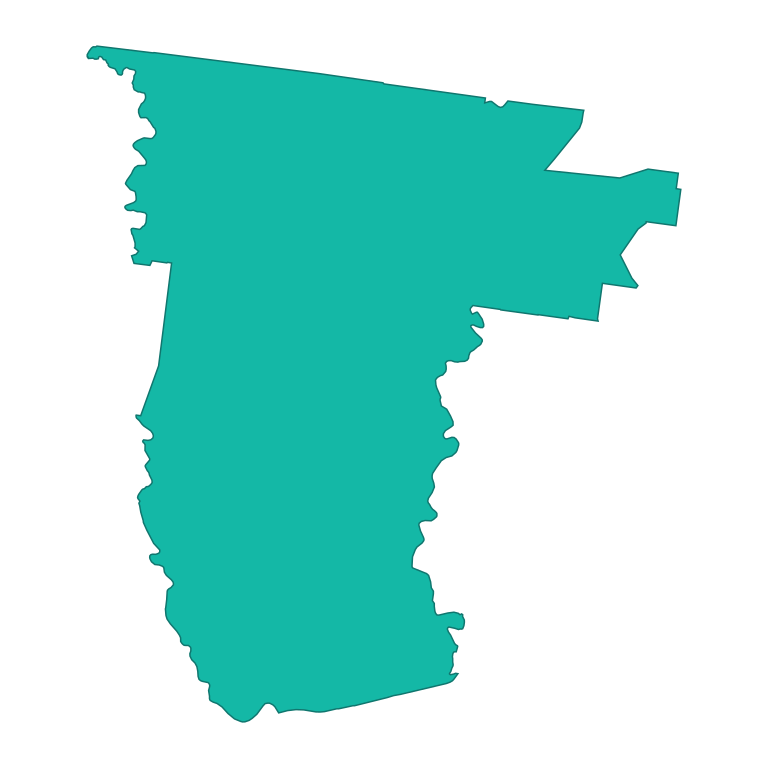 Darebin, Victoria, Australia (Albers equal-area conic projection)
{"feature_id": "25037944B70656955995006", "entity_name": "Darebin", "entity_type": "district", "adm_level": 2, "iso_a3": "AUS", "parent_name": "Australia", "parent_adm1": "Victoria", "projection": "albers", "projection_center": [145.008, -37.738], "detail": "fine", "context": "isolated", "style": "filled", "palette": "teal", "viewbox_px": 768, "rotation_deg": 0, "n_neighbors": 0, "source": "geoboundaries", "source_scale": "gbopen_adm2", "svg_char_len": 6054}
<svg xmlns="http://www.w3.org/2000/svg" viewBox="0 0 768 768"><path d="M583.8,110.3L533.3,104.4L507.9,101.0L504.7,104.9L502.8,106.8L500.4,107.4L498.1,106.5L491.6,101.5L489.8,101.4L484.7,102.9L485.4,98.0L383.9,83.9L383.0,82.8L319.2,73.6L153.8,52.6L153.2,52.9L96.9,46.1L95.7,46.9L93.2,46.8L91.5,48.0L89.2,51.1L87.2,54.7L87.2,55.8L88.1,57.3L87.6,57.3L88.4,58.5L93.0,58.2L94.7,59.1L96.7,59.1L98.4,58.7L98.5,57.7L98.8,57.0L99.9,56.4L101.7,57.0L103.5,59.6L105.7,60.0L107.0,62.9L107.9,63.6L108.3,64.6L108.2,65.4L109.0,66.4L110.2,67.3L115.0,68.8L117.0,71.8L117.7,73.8L119.0,74.7L121.1,75.1L122.1,74.4L122.5,73.6L122.5,72.0L123.0,70.4L124.0,69.0L126.1,67.6L127.1,67.6L129.6,69.0L134.6,70.0L135.7,71.5L135.4,73.7L134.0,75.9L133.8,79.2L132.2,83.0L133.3,85.0L133.3,87.1L134.2,89.7L138.1,91.9L140.2,91.9L141.1,92.4L144.5,93.1L145.3,94.7L145.6,96.8L145.5,98.4L144.6,100.6L143.4,102.3L141.4,103.9L138.6,109.5L138.6,112.5L139.4,115.0L140.0,116.6L140.9,117.7L146.1,117.6L147.7,118.6L149.1,120.9L149.9,121.5L153.6,127.4L154.9,128.3L156.0,131.5L155.9,133.5L155.4,134.6L153.5,137.2L152.2,138.4L150.3,138.6L144.4,137.9L143.3,138.1L137.4,140.7L134.8,142.6L133.5,144.1L133.1,145.3L133.4,146.6L134.3,148.0L135.4,149.2L138.7,151.2L144.7,158.4L145.9,160.1L146.4,161.8L146.4,162.9L146.1,164.0L145.0,165.4L137.9,165.6L134.8,167.6L133.0,170.5L131.5,173.8L127.0,180.2L125.5,183.3L125.9,184.4L130.4,189.6L134.8,191.3L135.4,192.4L136.1,196.6L136.2,199.6L135.7,201.0L133.6,202.6L126.4,205.3L125.2,206.2L124.9,206.9L125.0,207.8L126.2,209.3L127.7,210.3L130.9,210.6L133.2,210.1L137.2,211.7L140.1,211.7L144.7,212.7L145.5,213.1L146.7,214.8L146.0,222.6L144.4,225.7L142.9,226.4L140.9,228.5L139.7,229.4L133.0,228.3L131.6,228.7L131.1,229.6L131.9,233.8L132.9,235.3L135.1,243.0L135.1,246.7L134.5,247.8L138.6,251.2L136.2,254.2L131.6,255.8L134.0,263.4L149.9,265.4L152.1,260.8L166.9,262.9L167.5,262.3L171.6,263.0L158.6,365.9L140.7,415.7L136.2,415.1L136.0,415.6L136.2,417.2L136.6,418.1L139.4,420.7L142.0,424.2L143.8,426.0L150.7,430.7L152.6,433.3L153.3,435.4L153.2,437.1L152.7,438.2L150.8,439.8L148.0,440.4L143.6,439.9L142.7,441.1L143.2,442.5L144.0,443.0L145.1,444.7L145.0,450.5L149.7,458.7L149.7,460.0L145.7,464.8L145.2,465.8L145.3,466.7L147.3,470.7L148.3,471.8L149.1,473.3L149.4,475.0L151.9,480.0L152.2,482.5L150.8,484.5L148.4,486.5L146.3,486.7L144.5,488.6L142.6,489.2L141.7,490.1L138.7,494.4L137.9,496.1L137.6,497.6L138.0,498.7L139.9,501.1L138.9,503.2L139.7,505.8L140.8,512.2L143.2,520.5L143.4,522.5L146.8,530.1L153.7,543.4L159.8,550.0L159.7,551.9L159.1,552.9L158.1,553.5L155.9,554.3L152.4,554.2L150.8,554.7L149.8,555.9L149.7,557.7L150.1,559.1L151.5,561.8L154.8,564.5L159.3,565.0L162.5,566.3L163.6,567.3L163.9,568.3L164.4,572.1L165.7,574.3L166.5,575.5L171.4,579.8L173.0,581.9L173.4,583.2L173.4,584.8L171.0,587.6L168.9,588.8L167.5,590.2L167.2,591.3L166.7,599.7L165.7,607.9L165.4,608.9L166.0,615.6L167.1,619.1L170.4,623.9L176.8,631.2L179.4,635.1L180.6,637.8L180.7,641.6L182.1,643.6L183.6,645.0L184.8,645.4L188.5,645.5L190.5,647.2L190.9,648.5L190.8,651.1L189.9,653.6L190.0,656.1L191.7,659.7L195.0,663.0L196.9,666.6L197.8,671.3L198.1,676.4L199.0,679.3L200.5,680.6L202.2,681.3L208.2,682.6L209.0,683.5L209.7,685.1L209.6,686.7L208.6,690.5L209.5,696.1L209.5,698.6L209.8,699.8L210.3,700.5L213.1,702.1L217.1,703.5L222.0,706.9L228.0,713.5L234.5,718.9L240.9,721.5L242.6,721.9L245.0,721.8L249.1,720.4L252.1,718.4L256.8,714.3L263.0,705.9L265.1,703.6L267.8,703.1L269.7,703.2L272.7,704.7L274.8,706.6L278.7,712.9L287.5,710.6L296.0,709.6L303.8,709.9L315.9,711.9L320.2,712.0L324.5,711.6L336.7,708.8L338.6,708.8L353.0,705.7L354.6,705.7L387.1,697.6L393.6,695.6L400.3,694.4L446.4,683.5L450.0,682.2L452.4,680.8L453.8,679.3L457.9,673.7L455.6,673.3L453.5,674.1L450.4,674.7L449.5,674.0L449.5,673.5L450.8,671.5L451.9,668.0L453.0,665.8L453.1,664.3L452.7,662.1L452.7,658.5L452.4,656.7L452.9,653.4L454.1,651.8L456.2,651.8L457.7,646.5L457.5,645.8L455.7,644.7L454.5,643.3L450.6,635.1L448.4,631.9L447.3,629.0L447.9,627.6L448.9,627.0L454.8,628.3L458.5,629.5L460.2,629.0L461.7,629.1L462.7,628.7L463.9,625.7L464.4,622.1L464.3,620.0L462.6,616.5L462.7,614.7L461.6,613.9L460.0,614.7L458.3,613.3L453.9,612.2L447.8,613.0L438.9,615.1L437.0,615.0L435.7,613.4L434.9,611.3L434.3,606.5L434.3,603.4L432.4,600.7L433.4,593.8L433.4,591.2L431.3,587.8L430.6,581.8L428.6,575.4L426.6,573.6L413.2,568.2L412.3,567.5L412.0,566.2L412.5,556.8L415.3,549.6L417.0,547.0L422.2,542.9L423.8,540.6L424.0,539.2L423.5,537.5L420.5,531.0L418.8,524.9L419.2,523.2L421.4,521.4L425.1,520.5L431.2,520.8L433.7,519.3L436.5,516.8L436.9,515.9L436.9,513.6L436.4,512.6L434.5,510.7L432.6,509.3L431.1,507.4L429.4,504.2L428.4,503.1L427.7,501.1L428.4,498.2L432.1,492.6L434.4,487.0L433.8,483.2L432.2,478.4L432.1,475.9L432.6,473.4L436.2,467.8L441.3,460.7L446.2,457.5L451.9,455.9L455.9,452.4L457.0,450.5L458.7,445.0L458.7,443.2L458.2,442.2L456.1,439.0L454.1,437.5L451.9,437.3L447.3,438.8L445.9,438.9L444.7,438.3L443.4,436.3L443.4,433.7L445.4,430.6L451.5,426.6L453.1,425.2L453.0,421.7L450.5,416.0L446.7,409.2L441.4,406.0L440.1,400.5L440.1,399.1L440.7,397.8L440.6,396.7L436.7,387.8L435.9,384.8L435.5,380.0L436.6,378.3L438.0,377.0L440.5,375.6L442.7,375.0L445.7,371.4L446.2,369.1L446.1,366.0L445.4,363.1L446.7,361.4L448.3,360.7L451.2,360.6L454.6,361.8L457.9,362.1L459.6,361.6L464.7,361.3L467.2,360.1L468.5,358.3L468.8,355.7L470.0,352.5L471.0,351.6L473.7,350.0L477.6,346.5L479.6,345.3L480.8,344.2L482.3,341.1L482.2,339.8L481.3,338.4L475.4,332.9L470.8,327.0L470.9,325.6L472.4,324.9L473.7,325.0L476.3,326.3L480.3,327.6L482.6,327.6L483.7,326.3L483.7,324.2L482.2,319.2L478.2,313.2L477.3,312.2L476.5,312.2L472.4,314.1L471.5,313.1L470.3,310.4L470.2,309.1L470.8,307.8L472.9,305.5L500.3,309.4L500.7,309.9L538.0,315.0L538.1,314.6L538.6,314.7L568.0,318.8L569.0,316.3L575.1,317.8L598.1,321.1L597.5,318.8L602.4,283.3L636.1,288.0L637.9,285.6L631.9,278.2L620.2,254.9L638.1,229.0L646.1,223.0L646.2,221.7L675.9,225.7L680.8,189.4L676.2,188.7L678.3,173.2L648.0,169.1L619.7,178.0L544.8,170.3L554.1,159.4L579.5,128.1L581.8,122.0L583.2,112.7L583.8,110.3Z" fill="#14b8a6" stroke="#0f766e" stroke-width="1.5"/></svg>